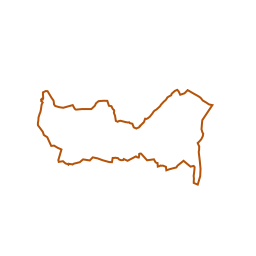 Demsa, Adamawa, Nigeria (Natural Earth projection), rotated 36°
{"feature_id": "59680162B45761287530482", "entity_name": "Demsa", "entity_type": "district", "adm_level": 2, "iso_a3": "NGA", "parent_name": "Nigeria", "parent_adm1": "Adamawa", "projection": "natural_earth1", "projection_center": [11.987, 9.411], "detail": "fine", "context": "isolated", "style": "outline", "palette": "amber", "viewbox_px": 256, "rotation_deg": 36, "n_neighbors": 0, "source": "geoboundaries", "source_scale": "gbopen_adm2", "svg_char_len": 2764}
<svg xmlns="http://www.w3.org/2000/svg" viewBox="0 0 256 256"><g transform="rotate(36 128 128)"><path d="M193.6,97.1L193.9,94.1L193.3,90.6L192.2,88.4L190.9,87.9L188.2,85.8L184.6,79.9L183.5,77.9L182.8,59.9L179.7,61.3L176.5,61.4L172.3,61.8L169.0,60.9L166.8,60.9L164.0,61.2L160.7,61.6L154.0,62.3L153.3,66.8L150.7,70.4L147.4,68.6L145.4,68.2L144.1,70.5L143.2,74.6L143.3,74.9L143.7,76.1L142.3,79.0L141.9,80.2L142.1,82.1L142.0,83.4L141.5,85.6L141.0,89.7L141.1,91.8L140.4,95.1L140.1,96.5L139.4,98.0L139.1,99.5L139.2,102.2L139.0,106.1L138.2,108.7L137.6,109.8L136.4,110.4L136.8,111.7L137.1,112.7L137.4,113.4L137.3,113.9L137.4,114.4L137.4,114.9L137.2,115.2L137.1,115.3L137.1,115.6L137.1,115.9L137.1,116.3L137.0,116.6L136.9,116.8L136.8,118.2L136.5,118.6L136.5,119.0L136.8,119.6L136.6,119.9L136.4,120.0L136.5,120.7L136.5,121.0L136.3,121.5L135.5,122.5L135.1,123.5L132.3,124.1L129.0,122.0L126.5,123.0L126.0,122.9L125.7,122.7L124.5,123.7L122.8,124.5L117.4,126.7L116.4,128.0L116.0,129.0L114.0,129.4L110.3,125.7L108.4,124.5L107.6,123.9L107.0,122.6L106.3,121.8L105.4,121.7L104.1,121.4L101.8,120.1L99.5,121.2L95.3,118.2L92.5,120.1L91.3,121.1L88.4,123.6L87.6,126.9L88.1,129.5L87.3,133.8L87.2,134.2L79.8,139.6L75.1,143.7L74.6,143.8L74.0,143.8L73.5,143.7L69.8,142.0L63.7,149.7L60.3,151.5L56.4,152.9L55.7,152.9L54.2,152.3L52.2,150.1L51.4,149.5L48.6,148.6L41.3,145.5L40.6,145.9L39.7,146.5L38.3,149.2L39.6,151.0L41.1,152.8L41.9,153.8L42.1,154.6L41.3,154.5L41.0,156.0L42.1,156.7L42.0,157.2L44.0,157.5L44.3,159.6L44.7,160.5L45.4,161.8L46.1,163.1L47.1,165.1L47.7,166.5L48.3,168.8L49.4,172.0L50.6,173.9L51.0,174.5L52.1,176.8L53.5,178.7L58.3,180.2L61.4,181.2L64.0,183.1L68.1,182.9L71.1,184.6L73.9,186.2L76.4,187.6L78.6,185.7L80.0,185.6L82.5,185.4L86.8,184.5L90.5,194.9L91.9,196.1L94.9,193.1L98.3,193.4L100.2,192.7L101.4,192.7L101.3,191.7L101.6,191.7L102.3,191.2L103.1,190.8L103.6,190.5L104.1,190.2L104.6,190.1L105.0,188.9L109.1,184.0L110.1,179.8L116.2,176.7L116.7,172.5L121.1,170.5L126.7,168.9L127.2,168.7L132.8,166.6L135.1,165.1L133.2,161.2L134.7,160.1L135.2,159.5L136.1,159.1L137.5,158.3L139.3,158.7L141.4,158.1L142.9,156.8L142.8,155.6L145.8,155.0L146.9,154.8L151.1,146.3L152.4,146.2L152.6,146.3L153.3,146.0L153.7,145.8L154.1,145.5L153.2,143.7L152.3,142.5L152.7,141.7L153.5,141.1L154.3,141.2L158.1,142.0L162.4,142.9L167.4,138.1L170.1,139.4L171.4,139.5L172.5,139.0L174.8,141.7L176.0,140.2L176.3,139.3L177.2,138.9L178.4,137.9L181.5,137.1L183.9,139.7L185.1,138.0L185.9,136.8L190.3,131.5L190.2,129.4L192.2,121.9L201.3,122.5L203.4,120.1L204.9,120.5L206.3,122.8L207.4,124.7L209.3,128.2L211.0,130.1L212.9,133.0L213.5,133.8L217.7,132.8L214.7,124.5L210.7,118.4L205.3,112.3L199.2,105.7L198.4,103.9L197.2,102.2L196.5,101.1L193.2,99.2L193.6,97.1Z" fill="none" stroke="#b45309" stroke-width="2"/></g></svg>